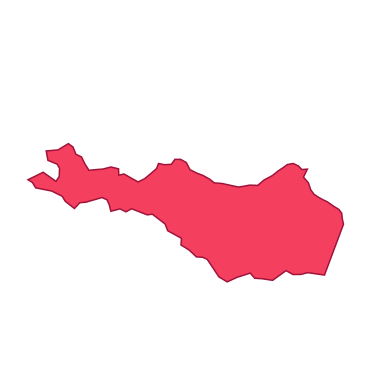 Nova Araçá, Rio Grande do Sul, Brazil (Albers equal-area conic projection), rotated 24°
{"feature_id": "56859067B37354082444781", "entity_name": "Nova Araçá", "entity_type": "district", "adm_level": 2, "iso_a3": "BRA", "parent_name": "Brazil", "parent_adm1": "Rio Grande do Sul", "projection": "albers", "projection_center": [-51.769, -28.646], "detail": "fine", "context": "isolated", "style": "filled", "palette": "rose", "viewbox_px": 384, "rotation_deg": 24, "n_neighbors": 0, "source": "geoboundaries", "source_scale": "gbopen_adm2", "svg_char_len": 1381}
<svg xmlns="http://www.w3.org/2000/svg" viewBox="0 0 384 384"><g transform="rotate(24 192 192)"><path d="M61.4,224.3L64.4,231.9L63.4,237.6L48.0,234.5L37.2,247.5L42.3,248.2L47.5,251.8L63.4,248.2L75.2,248.7L79.9,252.0L91.3,254.9L93.8,247.5L99.3,244.4L112.0,233.7L117.5,233.7L121.3,237.0L125.7,242.6L133.1,236.7L139.7,237.0L143.6,231.9L160.4,231.1L164.8,228.4L180.5,232.2L185.6,237.3L201.2,238.6L203.5,244.9L213.0,246.2L222.4,249.5L228.2,247.3L233.2,247.3L242.6,253.2L251.1,258.6L260.7,259.8L268.0,251.5L278.2,242.4L284.4,245.3L291.4,242.7L301.6,239.9L309.9,225.6L317.8,226.3L324.8,223.1L330.6,218.6L346.8,214.0L343.5,159.8L340.1,155.2L337.4,150.5L333.3,148.2L326.6,147.3L319.6,145.9L314.4,145.8L309.4,145.3L304.5,144.5L299.7,141.8L294.5,136.2L287.8,133.1L288.1,124.2L283.2,126.8L278.6,124.9L272.8,124.8L267.9,128.2L265.3,132.8L262.3,137.4L258.6,144.5L252.9,151.8L249.4,159.2L241.8,162.3L236.9,165.7L232.4,168.6L224.7,170.2L215.9,172.0L208.7,174.6L202.8,173.1L195.3,172.4L188.5,172.8L181.1,172.4L174.8,167.4L168.4,166.8L163.1,169.1L161.9,175.1L155.9,178.2L149.8,179.6L150.1,185.0L146.9,191.8L143.4,199.0L138.7,204.7L130.5,204.0L122.5,203.2L118.3,206.5L115.5,200.7L107.8,202.1L101.1,207.4L95.3,210.5L89.1,214.1L82.6,209.8L76.8,204.9L70.6,204.7L65.0,199.3L59.4,198.1L52.4,208.1L42.1,213.8L47.5,221.7L57.5,221.4L61.4,224.3Z" fill="#f43f5e" stroke="#9f1239" stroke-width="1.5"/></g></svg>